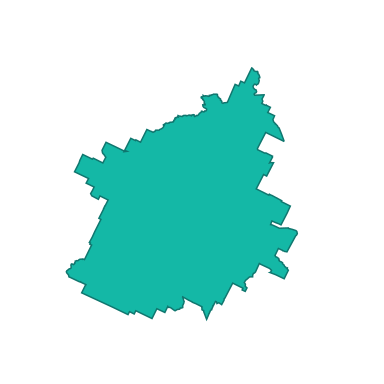 Blackall Tambo, Queensland, Australia (Robinson projection), rotated 290°
{"feature_id": "25037944B98295779161883", "entity_name": "Blackall Tambo", "entity_type": "district", "adm_level": 2, "iso_a3": "AUS", "parent_name": "Australia", "parent_adm1": "Queensland", "projection": "robinson", "projection_center": [145.993, -24.783], "detail": "fine", "context": "isolated", "style": "filled", "palette": "teal", "viewbox_px": 384, "rotation_deg": 290, "n_neighbors": 0, "source": "geoboundaries", "source_scale": "gbopen_adm2", "svg_char_len": 6008}
<svg xmlns="http://www.w3.org/2000/svg" viewBox="0 0 384 384"><g transform="rotate(290 192 192)"><path d="M74.0,101.2L72.9,102.3L72.0,104.1L70.1,105.5L70.1,106.7L69.1,117.0L69.6,118.0L69.2,118.2L68.7,124.0L67.8,123.9L67.7,123.7L59.5,122.8L56.6,157.0L54.9,173.8L58.2,174.2L57.6,179.4L61.2,179.8L59.4,197.7L70.3,198.9L69.5,207.7L76.2,208.4L75.5,209.3L76.0,210.6L75.9,211.8L74.6,216.3L74.8,217.0L76.4,218.1L77.7,220.5L78.8,220.6L79.2,221.0L79.3,221.7L80.2,222.8L80.8,222.7L81.7,222.1L84.7,222.3L86.6,222.0L87.1,221.3L88.2,220.7L89.1,219.9L89.7,219.6L90.0,219.1L90.3,219.1L89.2,225.7L88.8,229.6L88.6,229.7L88.5,230.3L88.4,232.4L88.4,233.4L87.6,240.6L86.6,240.8L86.4,241.1L85.2,241.4L84.6,241.9L84.6,243.5L83.6,243.9L77.3,249.3L78.4,249.4L78.4,249.2L78.6,249.1L80.0,249.5L83.0,249.6L83.2,249.4L83.8,249.7L84.8,249.8L85.1,249.6L85.4,249.8L87.1,249.9L88.1,250.8L88.6,250.7L88.8,250.4L89.1,250.6L90.7,250.8L91.0,250.6L92.2,250.9L92.5,250.6L92.9,251.0L94.1,251.0L94.3,251.2L97.2,251.5L97.2,252.5L96.9,252.9L95.7,253.6L97.0,254.9L97.0,255.9L96.6,256.9L96.6,257.4L96.3,258.4L101.0,259.1L101.9,259.0L102.5,258.7L103.5,259.2L120.3,261.4L119.0,272.8L117.1,272.6L116.8,276.0L120.7,276.5L121.6,274.3L123.7,273.7L124.7,272.1L127.6,272.6L128.1,273.1L131.9,275.1L133.0,278.0L134.9,277.4L136.6,277.6L137.3,278.5L137.9,278.6L138.5,279.0L147.9,279.7L147.8,280.6L147.6,280.8L146.7,291.0L145.6,293.5L143.5,293.3L143.0,292.7L142.9,298.9L142.0,308.3L151.4,309.3L152.2,307.9L153.2,307.6L153.0,307.4L152.9,306.6L153.1,306.2L153.5,305.7L153.6,304.7L154.9,303.4L155.6,301.6L156.6,301.2L156.6,300.5L156.9,300.0L156.8,299.4L157.0,297.8L157.8,297.3L157.7,296.9L157.9,296.7L158.7,296.6L159.2,296.2L159.7,294.2L159.9,293.9L159.7,293.0L159.9,292.6L160.6,292.0L160.7,291.7L168.5,292.5L168.1,296.9L167.8,297.4L168.0,297.7L167.8,299.6L168.1,300.5L168.2,301.7L186.2,304.4L187.3,305.0L188.9,305.2L190.8,304.0L191.3,302.8L191.2,299.1L190.8,295.2L191.2,294.9L187.8,286.4L188.2,282.6L188.5,278.5L188.2,277.0L192.1,277.0L191.8,281.2L191.8,284.6L191.5,286.9L204.6,288.6L212.4,289.2L213.5,279.2L214.5,279.3L216.1,268.3L216.1,266.9L216.4,265.4L215.3,265.3L216.9,251.3L232.9,253.3L232.5,256.7L247.4,258.6L246.5,255.7L245.9,254.9L252.2,255.7L252.4,255.3L253.2,255.4L254.0,248.1L253.4,247.1L254.2,239.2L255.3,238.6L273.2,240.9L271.0,261.4L271.2,261.0L271.6,260.9L277.2,256.2L282.0,251.9L282.1,251.3L282.6,250.4L283.4,249.7L284.5,247.5L284.4,247.2L284.7,247.1L285.8,244.8L287.7,243.3L291.9,243.5L292.6,236.0L298.4,236.7L298.9,232.3L298.8,232.0L299.1,231.9L298.6,231.1L299.1,227.3L301.5,227.5L303.3,226.0L307.5,226.6L308.0,226.5L304.4,217.8L304.7,217.6L305.0,217.0L305.5,216.9L306.1,217.1L307.3,218.3L308.4,218.4L309.8,217.3L310.0,217.0L309.8,216.1L309.9,215.6L310.4,215.0L310.7,214.2L312.0,213.3L312.4,213.2L314.5,213.7L314.8,214.0L314.9,214.9L314.5,215.9L315.0,216.0L315.7,216.9L317.1,217.3L319.7,217.1L321.3,215.8L321.9,215.8L322.5,216.6L323.0,216.5L324.7,215.2L325.6,214.2L325.7,213.5L326.4,213.0L326.8,213.1L327.2,213.0L327.7,212.1L327.1,211.0L327.0,209.1L327.3,208.4L327.8,208.4L328.9,206.4L329.0,205.7L312.5,204.0L312.8,199.9L307.6,199.6L307.9,195.7L288.3,194.6L287.2,192.6L286.8,191.5L286.3,191.3L285.9,190.8L286.1,189.5L287.4,189.0L287.8,188.3L288.0,187.4L289.0,187.2L289.4,186.4L289.4,185.8L289.6,185.2L290.1,184.8L290.2,183.9L291.0,183.3L291.4,182.8L292.0,182.7L292.4,182.5L292.2,181.0L291.8,180.5L291.4,178.9L290.4,177.9L290.0,177.2L289.3,176.9L289.3,176.2L289.1,176.1L288.9,175.6L288.6,175.7L288.1,175.7L287.9,175.5L288.1,175.1L287.7,175.1L287.4,174.7L287.3,174.3L287.5,173.3L287.2,172.7L287.1,172.0L287.0,171.6L286.4,171.3L286.4,170.8L286.5,170.7L286.4,170.1L286.6,169.4L286.3,169.5L286.3,170.0L285.8,170.0L285.5,169.6L284.7,169.1L284.8,168.5L284.5,168.2L283.9,168.3L283.5,168.6L283.5,169.1L283.1,170.3L282.6,170.4L282.7,170.9L282.1,171.3L282.0,171.7L281.1,172.8L279.6,173.0L279.0,174.3L278.5,174.6L277.6,172.3L276.3,173.0L275.5,174.2L275.2,176.7L274.9,177.4L274.3,177.6L273.2,177.5L272.6,176.8L272.5,176.2L271.4,175.9L271.1,175.0L271.4,173.9L271.3,173.4L271.1,173.2L270.1,173.3L269.5,173.0L268.6,172.1L267.2,171.8L266.1,171.3L265.4,170.6L265.5,170.1L265.4,169.9L264.6,169.5L263.8,168.8L264.1,168.2L264.5,168.1L264.8,167.6L265.2,167.6L265.1,166.6L264.4,165.9L264.3,165.6L264.0,165.6L263.9,165.3L263.5,165.3L263.7,164.7L263.2,164.1L263.2,163.8L263.5,163.6L263.2,162.7L262.4,161.9L261.6,160.6L261.7,160.1L261.9,160.0L261.0,157.8L260.5,157.4L260.2,157.5L259.8,157.3L259.6,157.0L259.4,156.1L259.4,155.5L259.2,155.2L259.0,153.8L259.1,152.7L258.0,152.8L257.7,153.1L257.7,152.6L257.0,152.2L256.5,152.1L256.4,151.3L255.4,150.6L254.6,151.2L253.6,150.8L253.2,150.4L253.0,150.6L251.7,150.5L251.7,150.2L251.0,149.8L250.9,149.4L250.4,148.7L250.4,148.2L250.0,147.8L249.7,147.1L249.0,147.0L248.8,146.8L248.8,146.2L248.4,145.9L248.0,145.2L248.0,144.2L247.8,143.8L246.9,143.5L246.8,143.2L246.6,143.1L245.8,143.1L245.9,142.9L245.6,142.8L245.7,142.4L245.4,142.1L244.0,143.0L243.2,142.9L242.3,142.6L240.9,141.6L239.6,140.2L238.8,139.9L237.7,136.7L237.3,136.5L236.3,136.5L236.0,136.3L235.7,135.7L234.9,135.2L234.7,134.8L235.1,133.4L234.9,133.1L235.3,128.2L221.2,126.6L221.8,121.4L221.0,121.3L221.5,116.1L208.2,114.5L208.0,117.0L206.6,114.3L207.3,114.4L209.3,94.2L200.4,93.2L198.2,94.5L197.4,95.6L197.1,96.6L196.5,97.1L195.2,99.1L188.8,98.3L190.0,87.6L188.8,87.2L189.9,76.5L183.5,75.8L180.6,75.9L170.8,74.7L169.3,90.2L164.1,89.5L163.2,98.3L159.9,98.0L155.8,97.3L154.1,99.2L153.1,106.5L156.8,106.9L155.8,115.9L149.2,115.1L149.2,114.9L146.1,114.6L146.1,114.8L135.4,113.5L135.1,115.8L121.8,114.2L115.5,113.7L109.4,112.8L109.3,114.0L108.0,113.9L107.8,115.8L91.8,114.1L91.9,113.8L91.7,112.3L91.3,112.3L91.2,111.2L90.8,110.6L90.6,109.8L89.8,109.0L89.0,108.7L88.6,108.4L88.3,108.0L88.1,107.1L87.2,106.1L87.1,106.3L85.3,106.0L84.9,106.3L83.3,105.6L83.5,104.6L83.2,104.4L83.2,103.4L82.8,103.2L81.7,103.3L80.9,103.8L79.5,104.3L79.0,104.3L78.5,104.0L78.0,103.2L77.5,102.7L76.5,102.1L76.1,102.0L75.2,101.3L74.0,101.2Z" fill="#14b8a6" stroke="#0f766e" stroke-width="1.5"/></g></svg>